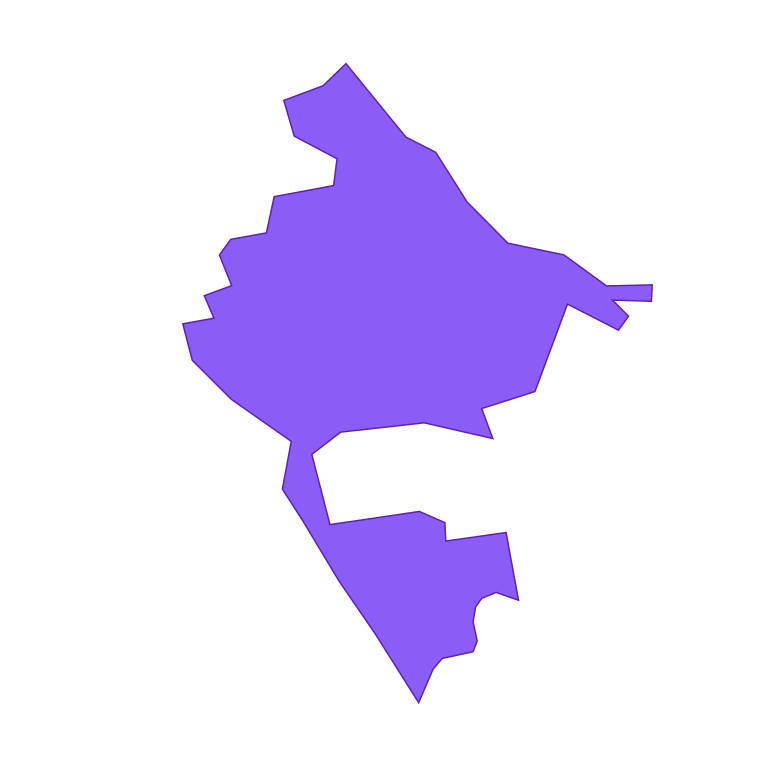 Djalalkuduk, Andijon, Uzbekistan, rotated 27°
{"feature_id": "79887680B24137157284199", "entity_name": "Djalalkuduk", "entity_type": "district", "adm_level": 2, "iso_a3": "UZB", "parent_name": "Uzbekistan", "parent_adm1": "Andijon", "projection": "albers", "projection_center": [72.656, 40.749], "detail": "fine", "context": "isolated", "style": "filled", "palette": "violet", "viewbox_px": 768, "rotation_deg": 27, "n_neighbors": 0, "source": "geoboundaries", "source_scale": "gbopen_adm2", "svg_char_len": 830}
<svg xmlns="http://www.w3.org/2000/svg" viewBox="0 0 768 768"><g transform="rotate(27 384 384)"><path d="M183.8,386.9L202.6,402.6L177.4,421.7L202.5,450.0L255.1,467.0L327.4,477.2L341.2,523.8L374.5,543.2L433.7,580.2L489.3,610.4L559.6,652.2L557.2,615.8L560.5,602.0L584.9,582.1L583.7,570.7L571.4,555.5L566.8,541.1L568.4,530.5L578.5,518.8L602.0,515.6L560.2,460.9L510.3,495.9L501.2,479.9L473.4,481.5L399.7,533.8L351.6,479.5L367.3,446.5L437.3,400.4L505.7,383.2L482.2,361.5L521.9,322.2L511.2,229.5L568.5,229.6L571.1,212.6L549.5,205.5L584.7,188.9L578.0,173.9L537.8,195.6L485.8,187.3L430.5,202.3L375.2,184.0L324.9,154.1L291.4,154.1L204.7,115.8L194.3,145.9L166.0,176.8L191.5,203.9L239.9,204.6L249.0,230.1L201.1,266.9L210.6,302.8L181.8,324.6L178.8,343.7L203.6,365.5L183.8,386.9Z" fill="#8b5cf6" stroke="#5b21b6" stroke-width="1.5"/></g></svg>